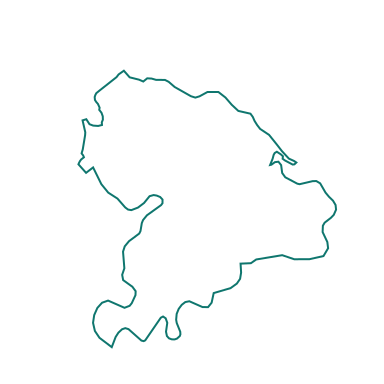 outline of Cádiz, rotated 163°
{"feature_id": "ESP-5812", "entity_name": "Cádiz", "entity_type": "Autonomous Community", "adm_level": 1, "iso_a3": "ESP", "parent_name": "Spain", "parent_adm1": "", "projection": "equal_earth", "projection_center": [-5.7, 36.526], "detail": "fine", "context": "isolated", "style": "outline", "palette": "teal", "viewbox_px": 384, "rotation_deg": 163, "n_neighbors": 0, "source": "natural_earth", "source_scale": "10m", "svg_char_len": 2250}
<svg xmlns="http://www.w3.org/2000/svg" viewBox="0 0 384 384"><g transform="rotate(163 192 192)"><path d="M275.7,292.5L271.8,292.5L270.2,286.8L267.1,284.4L262.4,282.6L258.5,282.4L257.9,285.0L256.1,287.2L255.2,290.5L255.4,294.3L256.7,297.7L255.7,299.6L256.2,303.7L257.3,306.2L257.9,308.4L257.3,311.3L256.0,313.1L254.6,314.5L250.4,316.2L230.6,323.9L227.8,325.9L221.7,327.9L218.1,319.9L209.8,314.9L206.3,311.9L201.6,313.8L197.5,312.3L193.5,309.7L185.1,307.1L182.1,304.2L177.9,297.5L165.0,283.9L161.2,281.3L156.8,281.3L148.0,283.1L137.5,279.9L132.4,272.6L128.5,263.8L124.0,256.0L113.2,249.8L111.9,246.0L111.4,241.7L110.1,236.9L108.4,232.4L101.6,224.1L97.0,212.6L94.0,204.7L89.6,195.6L85.3,191.8L83.6,189.7L86.0,188.5L87.7,188.8L93.9,195.0L95.6,197.3L94.6,199.6L96.1,202.1L99.1,205.7L101.5,205.1L103.0,203.7L105.2,200.2L109.4,195.0L108.0,194.9L104.0,196.3L100.5,195.7L98.9,191.7L100.2,183.8L98.5,178.8L88.9,169.2L86.8,168.0L73.4,167.1L69.9,166.1L66.9,162.8L64.5,152.4L62.4,147.4L59.7,142.5L58.5,137.6L59.4,133.0L63.1,128.7L66.7,126.7L74.1,123.9L76.7,121.5L78.8,115.5L77.2,104.6L78.3,98.4L85.0,92.3L99.3,93.4L113.9,97.8L124.2,105.2L150.3,108.7L156.5,106.7L166.5,109.3L168.6,100.6L171.4,94.9L175.9,91.3L183.2,88.8L200.8,89.0L205.6,80.4L210.3,77.2L215.6,78.9L226.5,88.3L230.6,88.7L234.8,87.1L238.9,84.1L242.3,79.9L244.5,74.5L244.9,71.2L244.1,61.8L244.7,59.3L245.8,57.8L249.2,56.2L251.7,56.1L254.4,57.0L256.8,58.8L258.1,61.6L257.7,66.0L253.9,74.1L254.1,78.9L256.1,81.4L258.6,80.9L280.1,63.8L281.8,63.5L283.8,64.7L292.8,79.4L295.6,81.3L299.0,81.2L303.5,79.0L307.4,75.7L314.1,67.1L323.1,79.6L325.5,87.5L324.9,95.8L321.5,102.9L316.4,108.8L310.4,112.4L304.0,112.7L290.4,101.0L284.9,101.4L282.1,103.3L276.2,109.9L274.9,113.6L276.7,118.8L283.6,127.9L283.0,133.2L279.0,138.8L275.4,155.1L272.2,159.7L266.6,163.4L254.6,167.7L252.7,169.7L249.1,176.9L247.0,179.5L241.9,182.9L225.4,188.5L223.5,189.9L222.4,193.4L223.9,196.5L226.8,198.9L229.6,200.3L233.8,200.4L241.1,195.5L248.2,192.9L255.3,192.4L258.3,193.9L260.4,196.8L265.2,207.5L272.3,215.9L276.4,226.0L279.4,244.4L287.7,241.3L292.5,251.7L291.5,252.9L290.1,254.3L288.5,255.5L285.2,256.8L285.4,258.8L286.3,261.2L284.0,264.7L277.6,277.6L276.6,280.3L275.7,292.5Z" fill="none" stroke="#0f766e" stroke-width="2"/></g></svg>